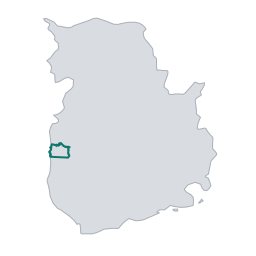 location of Trapeang Prasat, Siemréab, Cambodia, rotated 273°
{"feature_id": "14789045B58524041159765", "entity_name": "Trapeang Prasat", "entity_type": "district", "adm_level": 2, "iso_a3": "KHM", "parent_name": "Cambodia", "parent_adm1": "Siemréab", "projection": "mercator", "projection_center": [104.395, 14.168], "detail": "fine", "context": "in_parent", "style": "outline", "palette": "teal", "viewbox_px": 256, "rotation_deg": 273, "n_neighbors": 0, "source": "geoboundaries", "source_scale": "gbopen_adm2", "svg_char_len": 5144}
<svg xmlns="http://www.w3.org/2000/svg" viewBox="0 0 256 256"><g transform="rotate(273 128 128)"><path d="M232.6,38.0L233.2,40.4L231.5,44.8L229.7,48.8L226.2,52.2L226.1,54.8L224.9,62.5L225.3,64.9L226.1,67.0L227.2,68.1L230.2,75.6L232.9,82.4L235.6,87.9L236.1,91.5L233.6,100.4L230.8,108.6L231.0,112.7L232.2,116.7L233.5,122.2L234.0,129.1L233.3,133.7L232.0,136.5L229.6,139.4L227.4,140.8L224.8,138.4L222.8,138.3L220.0,139.0L217.8,140.1L213.4,144.4L208.5,148.5L201.7,149.5L199.1,152.6L196.2,153.0L190.9,153.2L187.3,153.9L187.5,155.4L187.2,162.7L187.3,164.4L186.8,164.8L184.3,165.0L180.2,163.9L174.6,162.1L170.7,161.8L168.6,165.0L167.4,166.2L165.9,166.4L164.3,167.0L163.8,168.4L163.7,170.2L164.5,173.2L164.7,177.9L164.5,181.2L166.0,183.3L174.5,190.2L177.0,191.9L177.3,193.0L175.8,196.7L177.1,202.0L174.5,201.9L170.0,199.6L167.9,198.3L165.3,199.4L164.4,199.2L162.7,196.5L160.4,193.9L158.1,193.7L153.1,194.8L148.0,195.5L146.1,195.5L145.3,196.0L142.4,199.9L141.2,199.2L136.1,197.7L131.4,197.2L130.4,198.2L131.0,201.4L132.0,204.6L131.4,205.9L128.9,207.5L125.5,210.5L123.4,212.8L122.0,213.4L116.8,213.3L111.7,213.6L109.7,215.8L107.7,217.5L106.1,218.0L99.4,212.6L86.1,210.7L84.6,208.3L83.3,207.8L82.1,210.9L74.8,213.9L71.7,212.1L69.5,209.9L69.8,207.3L72.0,205.1L75.6,203.5L77.3,198.0L74.5,191.0L72.1,189.0L69.5,187.4L66.8,190.0L64.6,194.4L62.2,196.7L58.9,197.2L54.0,197.1L52.1,190.4L51.5,184.7L52.1,178.1L52.9,174.3L48.2,168.9L47.9,163.8L45.6,161.2L45.0,162.5L45.0,164.0L44.4,162.9L37.0,148.0L35.7,141.0L37.0,135.7L37.7,133.9L35.6,131.1L32.6,127.9L27.3,123.7L26.9,117.1L25.7,109.2L24.1,106.6L21.7,101.7L20.4,97.7L19.9,87.2L20.6,86.3L24.4,86.0L29.2,85.2L30.0,83.5L29.1,82.1L32.2,79.7L36.7,74.5L40.1,69.0L42.6,65.5L44.0,62.0L49.0,57.1L55.9,53.8L60.6,53.0L65.4,51.8L70.1,50.2L72.3,50.0L78.1,52.0L81.2,52.5L84.5,52.5L87.9,52.7L90.9,52.5L97.9,51.1L105.5,52.2L112.2,51.3L120.5,49.7L124.6,50.7L128.3,52.3L128.8,55.6L129.7,57.1L130.9,58.2L132.6,58.2L134.7,55.9L136.4,53.6L137.0,53.2L137.1,54.3L138.0,56.9L139.6,59.3L141.2,61.0L143.9,63.2L145.6,63.3L151.3,61.2L159.8,64.2L160.8,65.7L163.5,68.8L166.5,71.0L173.2,71.1L175.5,65.7L174.4,62.4L170.6,56.7L169.6,53.3L170.8,52.7L177.2,52.1L178.2,51.4L179.6,47.7L181.4,48.1L184.9,48.6L188.7,46.1L190.9,43.4L192.1,44.6L193.5,46.5L194.9,47.6L197.6,49.2L200.6,51.4L202.5,53.7L204.0,54.5L207.8,53.9L208.8,54.0L211.0,51.3L212.6,49.8L213.9,50.3L215.8,50.2L219.8,46.8L222.0,43.6L223.3,42.8L226.9,44.4L228.3,44.0L230.3,39.7L232.6,38.0ZM49.6,181.6L48.9,182.0L48.2,182.0L47.5,181.4L47.5,179.0L48.0,177.5L49.2,177.2L49.6,181.6ZM60.7,205.2L59.2,206.8L56.9,203.5L56.9,202.5L60.7,205.2Z" fill="#d9dde1" stroke="#a8b0b8" stroke-width="1"/><path d="M107.7,53.2L107.6,52.8L107.6,52.7L107.3,52.6L107.1,52.7L106.9,52.7L106.7,52.6L106.4,52.6L106.2,52.4L105.7,52.2L105.4,52.3L105.2,52.4L105.0,52.2L104.9,52.0L104.6,52.0L104.4,52.1L104.3,51.9L104.1,51.8L104.1,51.6L103.9,51.7L103.8,51.8L103.7,51.9L103.6,52.0L103.4,52.0L103.2,52.2L103.0,52.3L102.7,52.2L102.3,52.1L102.2,52.2L101.8,52.0L101.7,51.9L101.5,51.7L101.4,51.7L101.2,51.6L100.9,51.4L100.7,51.0L100.6,50.9L100.4,51.0L100.3,50.9L100.2,50.8L100.0,50.6L99.9,50.6L99.7,50.8L99.3,50.9L99.2,51.1L98.9,51.3L99.0,51.4L99.0,51.5L98.9,51.6L98.8,51.8L98.7,51.9L98.1,52.1L97.5,52.3L97.3,52.3L97.2,52.2L96.9,51.8L96.8,51.7L96.7,51.6L96.3,51.6L96.2,51.6L95.9,51.8L95.7,51.8L95.6,52.0L95.8,52.1L95.7,52.2L95.7,52.3L95.8,52.5L95.7,52.7L95.2,52.7L95.3,69.6L95.5,69.7L95.8,69.8L95.9,70.0L96.0,70.1L96.3,70.4L96.6,70.6L96.8,70.7L97.2,70.7L97.4,70.8L97.5,70.8L97.7,70.6L97.8,70.6L97.9,70.4L98.1,70.4L98.4,70.2L98.5,70.1L98.7,69.9L98.9,69.8L99.0,69.7L99.3,69.6L99.6,69.6L99.8,69.8L99.9,69.7L100.1,69.5L100.5,69.5L100.8,69.5L101.0,69.6L101.3,69.6L101.6,69.6L101.9,69.6L102.2,69.6L102.3,69.6L102.5,69.6L102.8,69.8L102.9,69.7L103.0,69.7L103.2,69.4L103.3,69.4L103.6,69.4L103.8,69.5L103.9,69.4L104.0,69.4L104.1,69.5L104.4,69.4L104.5,69.4L104.8,69.5L105.0,69.7L105.3,69.8L105.5,70.2L105.5,70.3L105.6,70.5L105.8,70.5L105.8,70.4L105.9,70.2L106.0,70.0L105.9,69.9L105.8,69.7L106.0,69.5L106.1,69.2L106.1,68.8L106.0,68.6L106.0,68.4L105.8,68.1L105.7,68.0L105.7,67.9L105.8,67.5L105.8,67.4L106.0,67.3L106.0,67.2L105.9,66.8L106.0,66.8L106.2,66.7L106.2,66.4L106.2,66.2L106.2,65.8L106.3,65.7L106.4,65.4L106.5,65.2L106.6,64.7L106.8,64.7L107.0,64.6L107.1,64.4L107.3,64.1L107.3,63.9L107.5,63.8L107.5,63.7L107.8,63.4L108.0,63.3L108.1,63.2L108.3,62.9L108.5,62.8L108.7,62.6L108.7,62.4L108.8,62.4L109.1,62.2L109.3,62.0L109.4,61.9L109.4,61.7L109.2,61.5L109.2,61.4L109.0,61.2L108.9,61.3L108.9,61.2L108.7,61.2L108.4,61.0L108.3,60.9L108.2,60.8L108.3,60.8L108.2,60.9L108.0,60.7L107.9,60.7L107.9,60.4L107.7,60.3L107.5,60.2L107.4,60.1L107.5,60.0L107.4,60.0L107.4,59.9L107.2,59.8L107.2,59.7L107.1,59.4L106.9,59.4L106.8,59.2L106.7,59.1L106.8,58.9L107.0,58.9L107.3,58.9L107.4,58.6L107.3,58.4L107.4,58.2L107.5,58.1L107.6,57.9L107.5,57.7L107.5,57.4L107.5,57.2L107.4,57.0L107.5,57.0L107.3,56.9L107.2,56.9L107.3,56.8L107.3,56.7L107.3,56.4L107.2,56.3L107.3,56.2L107.3,55.9L107.2,55.8L107.3,55.6L107.3,55.4L107.4,55.0L107.5,54.9L107.5,54.7L107.6,54.4L107.7,54.2L107.7,53.7L107.7,53.4L107.7,53.2Z" fill="none" stroke="#0f766e" stroke-width="2"/></g></svg>